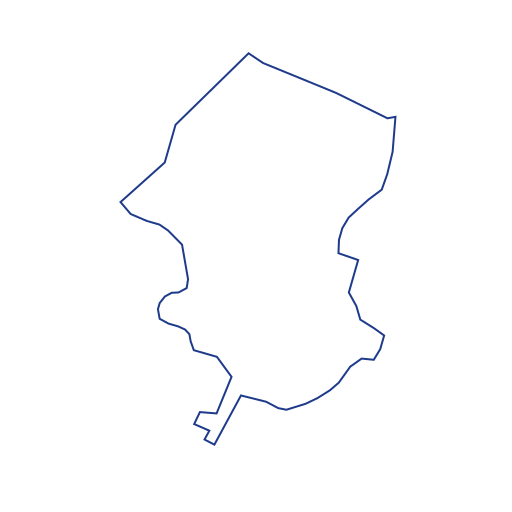 Putatan, Sabah, Malaysia, rotated 196°
{"feature_id": "92858781B21470525413455", "entity_name": "Putatan", "entity_type": "district", "adm_level": 2, "iso_a3": "MYS", "parent_name": "Malaysia", "parent_adm1": "Sabah", "projection": "albers", "projection_center": [116.061, 5.886], "detail": "fine", "context": "isolated", "style": "outline", "palette": "blue", "viewbox_px": 512, "rotation_deg": 196, "n_neighbors": 0, "source": "geoboundaries", "source_scale": "gbopen_adm2", "svg_char_len": 952}
<svg xmlns="http://www.w3.org/2000/svg" viewBox="0 0 512 512"><g transform="rotate(196 256 256)"><path d="M319.0,448.8L369.5,360.0L369.5,320.7L401.1,270.5L388.0,261.8L370.5,259.6L357.5,259.6L347.6,256.3L330.2,246.5L314.9,214.9L313.8,206.1L320.4,199.6L326.9,197.4L332.4,192.0L335.6,184.3L335.6,177.8L331.3,169.1L321.5,166.9L311.6,166.9L304.0,165.8L298.5,162.5L295.3,156.0L289.8,148.3L277.8,148.3L265.8,148.3L246.2,133.1L250.5,93.8L266.9,90.5L269.1,77.4L252.7,75.2L254.9,65.4L244.0,63.2L232.0,117.8L206.0,118.7L192.8,115.9L184.4,116.6L167.6,127.6L157.8,136.3L148.0,147.2L141.5,157.1L134.9,175.6L126.2,186.5L114.2,188.7L110.9,200.7L110.9,214.9L122.9,219.2L138.2,223.6L145.8,235.6L156.7,246.5L156.7,259.6L156.7,280.3L177.5,281.4L180.7,294.5L180.7,306.5L177.5,318.5L170.9,329.4L163.3,341.4L153.4,354.5L152.4,370.9L153.4,393.8L160.3,428.2L167.6,424.6L223.8,434.8L254.5,438.2L302.2,443.4L319.0,448.8Z" fill="none" stroke="#1e3a8a" stroke-width="2"/></g></svg>